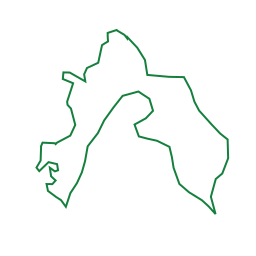 outline of Pyrogi, Nicosia, Cyprus, rotated 171°
{"feature_id": "46923920B75368188924059", "entity_name": "Pyrogi", "entity_type": "district", "adm_level": 2, "iso_a3": "CYP", "parent_name": "Cyprus", "parent_adm1": "Nicosia", "projection": "equal_earth", "projection_center": [33.488, 35.08], "detail": "fine", "context": "isolated", "style": "outline", "palette": "green", "viewbox_px": 256, "rotation_deg": 171, "n_neighbors": 0, "source": "geoboundaries", "source_scale": "gbopen_adm2", "svg_char_len": 1175}
<svg xmlns="http://www.w3.org/2000/svg" viewBox="0 0 256 256"><g transform="rotate(171 128 128)"><path d="M55.0,29.3L56.9,47.1L49.3,63.9L42.0,68.3L33.8,82.5L31.4,101.1L37.9,108.2L45.2,118.9L55.0,134.0L58.3,143.7L59.9,155.3L64.8,169.5L79.4,172.1L100.6,177.4L100.6,192.5L106.3,205.9L114.4,217.8L114.8,216.6L116.9,220.5L123.9,226.3L123.0,226.7L133.2,225.1L133.7,221.9L134.2,216.6L138.0,215.1L140.7,213.9L147.2,197.1L159.1,193.7L162.9,187.9L162.9,180.7L176.9,191.9L183.1,193.0L183.7,190.6L184.7,186.6L175.2,180.8L184.0,163.5L184.1,160.3L181.3,156.1L179.6,139.3L186.2,129.5L200.5,124.6L202.0,123.4L202.6,124.4L214.7,126.9L216.9,123.3L216.8,123.0L219.4,109.5L224.6,103.2L222.4,99.3L211.8,106.7L203.7,103.4L203.7,97.2L207.0,96.6L211.4,101.0L211.5,92.3L207.7,87.5L211.5,84.4L217.2,85.4L216.9,78.4L209.8,71.1L205.4,67.2L201.7,59.9L195.1,72.7L187.0,81.6L180.5,91.4L175.6,102.0L170.7,116.2L158.5,127.7L150.3,139.3L138.9,150.8L128.3,160.6L112.0,162.4L108.8,159.4L102.3,153.5L100.6,141.1L108.8,134.8L121.0,130.4L118.6,118.0L110.4,114.4L101.4,110.9L90.0,102.9L89.2,92.3L89.2,81.6L86.0,64.7L77.8,55.0L66.4,45.2L60.7,38.1L55.0,29.3Z" fill="none" stroke="#15803d" stroke-width="2"/></g></svg>